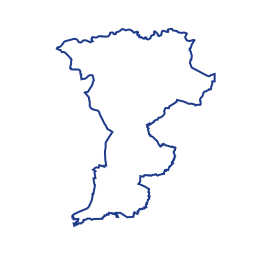 the district of Pho Thong, Ang Thong, Thailand, rotated 277°
{"feature_id": "78962969B68312342882015", "entity_name": "Pho Thong", "entity_type": "district", "adm_level": 2, "iso_a3": "THA", "parent_name": "Thailand", "parent_adm1": "Ang Thong", "projection": "natural_earth1", "projection_center": [100.339, 14.681], "detail": "fine", "context": "isolated", "style": "outline", "palette": "blue", "viewbox_px": 256, "rotation_deg": 277, "n_neighbors": 0, "source": "geoboundaries", "source_scale": "gbopen_adm2", "svg_char_len": 5809}
<svg xmlns="http://www.w3.org/2000/svg" viewBox="0 0 256 256"><g transform="rotate(277 128 128)"><path d="M212.6,81.1L212.0,81.3L211.5,81.0L210.9,81.5L210.5,81.5L209.8,82.4L209.5,81.9L209.2,80.7L208.5,80.2L209.8,76.1L209.7,73.6L209.1,72.5L207.4,71.4L207.2,70.7L207.1,69.4L207.5,68.5L209.1,67.1L209.6,66.4L210.0,65.4L210.0,64.4L209.7,63.1L206.3,54.7L205.7,54.1L202.5,52.4L200.8,51.1L200.0,50.2L199.4,48.2L198.8,47.9L198.0,47.7L197.6,49.1L197.3,49.5L197.2,51.4L195.2,53.1L195.6,55.0L195.2,56.4L190.4,62.4L189.7,62.6L189.6,63.2L189.0,63.6L186.7,63.4L184.7,63.8L183.0,63.3L180.5,63.3L180.4,63.6L180.2,63.6L180.1,64.3L179.4,64.4L179.4,67.4L179.7,68.3L179.9,70.3L179.8,72.6L178.8,73.6L175.5,74.3L175.5,75.1L173.1,75.2L170.7,75.9L171.2,76.9L171.4,78.6L172.3,80.3L174.5,82.0L175.4,82.9L176.0,85.0L175.9,86.5L171.2,88.3L169.4,87.6L166.4,87.3L159.0,83.8L158.8,83.4L158.3,81.1L157.8,80.8L157.7,81.1L155.6,83.4L153.3,85.7L151.7,85.8L149.8,86.7L145.4,87.3L144.4,87.8L143.5,88.5L142.9,89.1L142.1,91.4L141.6,95.6L141.5,96.1L140.9,96.8L140.0,97.6L138.0,98.4L128.9,104.5L127.4,106.0L125.0,107.3L124.4,107.9L123.7,109.9L122.2,113.0L110.9,107.6L105.4,108.2L102.9,108.0L99.8,108.2L96.8,108.9L94.1,109.2L88.1,111.0L87.6,108.8L86.7,109.1L87.6,104.0L85.1,103.8L85.1,101.6L84.9,101.1L84.2,100.0L82.9,99.2L82.3,98.5L81.1,101.0L80.4,100.3L79.6,100.2L74.3,101.8L73.8,99.9L67.7,101.6L67.4,102.2L58.6,101.7L58.6,101.0L58.0,100.7L57.6,100.7L57.5,101.2L52.1,100.9L45.8,99.0L43.8,97.9L42.8,96.6L38.4,88.8L35.6,84.6L35.1,84.2L34.4,84.1L34.2,83.5L33.6,83.5L33.5,84.0L32.3,83.8L32.4,85.0L30.8,85.0L31.6,89.8L29.4,89.7L28.9,88.3L28.4,88.0L27.3,88.2L26.9,87.0L26.7,85.7L24.4,86.6L25.9,88.6L26.3,89.8L27.0,89.6L27.6,92.0L27.5,93.0L28.2,93.5L29.3,95.1L29.8,95.2L31.0,94.9L31.3,95.0L31.6,95.6L31.7,97.0L32.9,98.6L33.0,98.6L33.3,99.3L33.3,102.0L32.5,103.2L33.4,104.8L34.8,113.7L36.0,113.6L36.5,114.5L37.6,115.1L37.8,115.7L38.5,115.5L38.9,117.3L39.6,118.3L39.8,118.2L39.6,119.2L40.8,119.3L40.9,119.7L41.5,119.7L41.4,120.4L41.5,121.9L41.3,121.9L41.0,123.4L41.4,123.5L41.4,124.3L40.8,124.3L40.8,125.8L41.1,125.8L41.2,127.0L39.9,127.0L38.3,127.5L38.5,128.9L42.3,126.5L42.4,127.2L42.8,130.3L42.6,131.3L39.3,138.1L40.4,143.7L41.5,144.1L41.4,144.2L43.6,144.5L43.6,144.2L44.2,144.3L45.1,144.6L43.9,147.8L46.0,148.5L46.6,147.8L47.3,148.7L49.0,149.3L49.1,149.6L49.0,151.1L49.2,152.0L49.8,152.0L50.0,153.8L51.2,153.8L51.2,154.3L51.1,155.1L51.8,155.1L51.9,155.8L52.9,155.3L54.4,155.1L54.9,156.2L56.0,155.6L56.5,156.1L58.1,156.5L59.3,156.6L59.6,156.8L59.8,157.3L60.5,157.5L60.6,157.2L61.6,157.5L62.8,157.9L63.0,156.6L65.3,157.0L66.6,156.8L67.0,156.0L67.6,156.3L69.7,156.3L69.8,156.0L70.1,156.1L71.9,152.0L73.7,146.1L73.8,145.2L76.3,146.6L81.7,146.1L81.6,149.2L81.9,149.2L82.4,149.7L82.5,149.6L83.2,150.0L83.1,150.7L83.4,151.5L83.5,153.6L83.3,154.9L83.9,155.7L83.4,156.9L84.5,158.2L84.8,160.0L85.6,161.4L84.7,162.2L84.4,163.3L85.0,164.1L86.2,167.0L86.7,168.3L86.8,169.3L88.0,169.3L88.2,169.1L89.5,169.5L89.9,170.8L90.9,170.2L91.2,171.3L91.2,173.0L93.7,173.5L94.8,173.9L95.2,174.3L95.1,174.6L95.8,174.9L98.1,176.8L98.3,176.4L98.7,176.8L99.4,175.7L101.2,176.9L101.2,177.1L102.1,177.5L102.8,177.7L103.0,177.2L105.6,178.3L105.9,177.8L106.8,177.6L108.3,176.9L108.4,176.7L109.8,176.3L111.2,176.7L111.3,177.0L111.9,177.4L114.2,177.5L114.5,177.0L114.0,176.6L115.0,174.1L114.4,173.6L115.2,169.7L115.4,167.4L116.6,165.3L115.1,164.4L115.7,163.8L114.0,162.9L113.5,162.6L113.6,162.3L115.6,160.4L117.8,159.1L118.8,158.2L120.9,155.2L121.8,154.3L122.3,153.3L123.0,150.9L123.9,151.0L124.3,149.7L124.7,149.8L129.2,147.9L130.1,148.5L131.2,147.1L131.4,147.3L132.3,146.8L132.9,146.9L133.4,146.4L135.1,148.8L133.7,149.0L137.3,153.1L137.7,152.8L139.2,154.3L139.7,155.2L139.8,156.3L141.9,157.1L142.4,159.0L144.0,160.9L145.8,162.1L146.8,162.5L148.2,162.3L148.8,161.8L151.7,162.4L152.5,163.1L152.6,166.1L154.4,166.3L159.3,172.4L159.9,172.6L160.0,173.0L161.8,173.2L161.1,179.6L160.1,183.4L159.5,184.8L159.5,186.5L159.8,187.0L159.9,188.5L159.6,189.3L159.7,190.6L159.2,191.5L158.6,192.1L159.1,192.9L159.5,194.1L159.9,197.1L161.9,197.1L162.8,196.6L163.1,196.8L164.7,196.0L166.8,196.6L168.6,198.0L172.4,198.7L173.5,199.7L173.6,200.4L175.7,203.4L176.2,203.6L176.1,204.3L176.5,204.9L176.6,205.6L179.3,205.6L182.1,206.3L184.5,206.0L184.6,207.2L184.8,207.5L184.9,208.3L192.2,207.4L190.6,203.9L189.3,202.4L189.3,201.2L190.2,198.4L195.8,183.8L200.3,181.5L203.5,181.9L203.5,182.5L207.2,182.6L211.5,180.9L212.7,180.2L212.7,179.7L214.2,179.5L214.6,179.7L214.8,180.4L218.5,181.1L223.2,183.2L223.4,182.5L223.4,182.0L222.8,180.9L221.9,178.8L221.9,177.1L222.3,175.5L224.7,173.7L226.5,174.0L228.7,174.9L229.2,174.2L229.4,173.2L229.6,171.8L228.9,169.7L229.1,166.1L229.3,165.6L230.2,164.8L230.3,160.8L230.8,160.2L231.6,159.7L231.5,158.0L230.6,155.8L230.2,155.5L228.7,156.1L228.2,156.0L228.2,154.5L228.7,152.0L228.7,150.6L228.2,150.1L227.4,149.9L224.3,149.6L223.6,148.4L223.1,148.1L223.2,147.1L223.5,146.6L223.9,146.2L224.7,146.2L225.2,145.7L226.8,143.8L227.1,142.4L226.7,142.2L225.9,142.2L224.4,142.6L223.9,142.6L222.5,140.0L222.1,139.7L220.1,139.4L218.8,138.1L218.3,136.8L218.4,136.0L218.8,135.2L219.9,135.1L220.1,134.2L218.5,132.9L219.9,129.8L219.3,129.2L219.8,128.0L220.2,128.0L220.5,127.6L221.4,127.8L221.2,126.6L221.6,125.9L222.6,125.6L223.8,126.4L224.3,126.2L224.7,125.4L224.3,124.2L223.9,123.3L223.4,123.0L223.3,122.7L223.5,121.8L224.7,120.7L224.8,120.1L225.3,119.6L225.8,118.0L225.7,116.5L224.6,113.6L225.4,111.9L225.4,109.9L223.7,108.5L222.6,107.1L221.5,104.6L221.1,104.4L220.1,104.6L219.7,104.1L219.4,103.4L219.5,102.5L219.8,102.1L220.7,101.8L220.9,101.4L220.6,99.2L220.0,98.5L219.2,98.7L218.6,98.6L217.1,97.7L216.7,97.3L216.0,95.3L215.8,92.3L215.9,91.3L215.9,90.7L215.6,90.6L215.8,88.5L213.9,85.5L213.8,84.7L213.9,83.2L213.7,81.4L212.6,81.1Z" fill="none" stroke="#1e3a8a" stroke-width="2"/></g></svg>